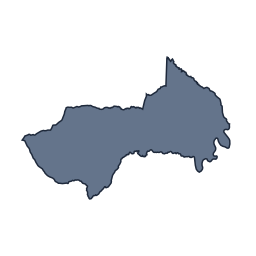 the district of Guacarí, Valle del Cauca, Colombia, rotated 188°
{"feature_id": "7082276B91777379467178", "entity_name": "Guacarí", "entity_type": "district", "adm_level": 2, "iso_a3": "COL", "parent_name": "Colombia", "parent_adm1": "Valle del Cauca", "projection": "robinson", "projection_center": [-76.302, 3.779], "detail": "fine", "context": "isolated", "style": "filled", "palette": "slate", "viewbox_px": 256, "rotation_deg": 188, "n_neighbors": 0, "source": "geoboundaries", "source_scale": "gbopen_adm2", "svg_char_len": 5843}
<svg xmlns="http://www.w3.org/2000/svg" viewBox="0 0 256 256"><g transform="rotate(188 128 128)"><path d="M51.3,94.2L49.6,95.5L48.6,97.4L48.5,98.6L48.6,99.5L49.5,101.3L49.8,103.5L49.5,105.8L49.0,106.8L48.4,107.4L46.8,108.4L45.8,108.3L45.3,108.1L44.8,107.0L44.4,106.6L42.6,106.0L42.1,106.0L41.2,106.6L40.5,107.9L39.6,108.9L39.0,109.2L36.7,109.4L36.3,109.7L35.8,110.6L35.7,111.9L36.1,112.5L36.6,112.6L37.9,112.2L38.8,112.2L39.7,113.1L39.9,113.7L39.9,115.0L38.4,117.9L38.2,119.4L38.5,120.8L40.4,123.7L41.0,125.3L41.0,126.5L40.8,127.8L39.5,130.1L38.6,130.4L37.7,130.0L36.5,127.2L35.1,125.3L33.7,123.9L31.6,123.1L29.2,122.8L27.0,121.9L25.7,122.1L25.2,122.7L24.9,126.3L25.5,129.7L26.2,131.0L27.7,132.6L32.3,137.0L32.7,138.1L32.6,139.0L32.0,139.8L30.7,140.3L29.0,140.2L28.1,140.9L27.8,141.5L27.6,142.8L28.1,145.4L28.0,146.1L29.3,146.4L30.5,147.8L31.2,148.4L31.5,148.9L31.5,150.0L31.9,150.6L34.0,151.7L34.9,152.6L36.6,156.4L37.8,162.5L38.2,163.1L39.3,163.9L39.3,165.1L40.6,168.6L41.2,169.5L43.8,171.0L45.9,172.5L46.4,173.2L46.6,174.2L47.0,174.6L49.0,175.7L50.5,176.2L51.6,176.2L52.1,176.6L53.3,178.4L55.3,179.2L56.0,179.1L57.6,178.3L58.3,177.7L60.5,179.0L61.4,179.1L62.3,179.7L63.0,179.9L63.5,180.4L64.1,180.5L64.3,181.2L64.9,181.0L65.3,181.1L65.6,181.7L65.6,182.6L65.9,182.7L66.5,182.5L66.8,183.5L68.1,183.8L69.5,185.1L69.7,186.1L70.8,186.8L72.1,186.7L73.0,187.8L73.8,187.4L75.5,187.6L76.5,188.6L77.1,188.5L77.5,188.7L77.8,189.3L77.8,190.2L78.6,191.2L79.3,191.1L79.8,191.7L80.8,192.2L81.9,191.7L81.6,192.2L81.7,192.4L82.1,192.3L82.4,191.7L82.9,191.5L83.0,192.0L82.6,192.6L83.4,193.9L84.1,193.8L84.6,193.4L85.2,193.6L85.7,193.4L85.8,193.6L85.6,194.3L85.9,194.8L87.2,194.7L88.4,195.6L88.9,195.7L89.2,196.0L89.1,196.6L89.5,197.3L89.8,197.5L90.4,197.3L92.0,198.6L91.9,200.3L92.6,200.9L93.1,202.0L93.6,202.5L94.3,201.6L94.8,200.2L95.2,199.9L95.6,200.9L96.5,201.1L96.7,202.0L97.9,202.2L97.8,202.4L97.9,203.2L99.1,203.6L99.2,202.4L96.3,174.9L97.2,175.0L98.7,174.4L100.7,173.1L101.3,173.1L101.6,171.6L103.5,170.6L104.7,168.0L107.7,165.5L109.6,163.7L111.3,163.3L112.1,163.9L112.4,163.9L112.6,163.5L113.3,163.6L113.9,163.8L114.5,164.2L114.2,162.0L115.3,157.5L116.1,148.8L116.5,149.1L116.8,149.0L117.6,149.2L118.2,149.6L118.8,149.4L119.2,149.5L119.4,149.2L120.5,149.9L121.4,149.8L122.1,149.2L122.6,149.6L123.5,149.0L123.7,149.3L124.2,149.4L125.1,149.9L125.6,149.9L126.1,149.4L126.8,149.6L127.2,149.5L127.6,149.7L128.3,149.0L128.2,148.5L128.3,148.2L129.3,147.3L129.9,147.2L130.2,147.5L130.7,147.6L131.5,147.4L131.9,146.9L132.4,147.1L132.5,146.9L132.9,146.9L133.3,146.5L133.9,146.2L134.4,145.6L135.1,145.4L137.4,145.7L137.6,145.9L137.6,146.4L138.7,147.0L139.2,147.7L139.5,147.6L140.2,147.9L140.6,147.7L140.9,147.9L141.4,147.5L142.5,147.8L144.9,147.7L145.3,147.0L146.3,146.4L146.6,145.9L147.0,145.8L147.5,146.0L148.5,145.0L149.1,145.3L150.2,145.1L150.8,145.5L152.6,145.4L154.2,144.7L155.4,143.3L156.5,142.8L158.7,142.7L159.2,142.9L159.4,143.4L160.3,143.3L161.9,143.5L163.2,144.0L166.0,144.3L167.5,145.0L168.7,145.1L169.8,144.6L170.8,144.8L177.3,143.4L178.0,142.7L179.8,141.9L181.6,142.2L184.9,140.2L185.5,140.2L186.8,140.7L188.9,140.3L190.4,140.3L191.1,140.0L192.0,139.5L192.1,138.7L192.9,135.6L193.0,133.1L194.5,126.8L195.4,125.7L197.4,123.9L199.5,121.3L200.4,120.8L201.9,120.6L202.8,120.2L203.4,117.7L204.4,115.1L207.1,114.8L208.7,114.0L210.0,113.7L211.4,113.8L213.7,112.8L217.9,109.5L218.8,108.4L219.5,108.0L220.2,108.0L221.0,108.3L223.3,107.3L224.4,108.0L225.3,107.9L226.2,107.2L229.0,105.7L229.6,104.1L231.1,101.3L228.7,101.1L228.3,100.8L225.3,96.1L223.0,94.0L222.5,93.1L221.5,90.6L219.6,88.4L217.6,84.9L217.2,84.5L216.2,84.0L214.3,81.1L211.9,78.2L210.9,77.5L207.1,75.6L205.8,73.9L204.8,73.1L203.8,71.7L201.2,69.7L198.8,68.7L195.7,68.0L193.8,66.8L193.0,65.5L192.4,64.9L191.0,64.5L189.2,63.6L187.6,63.8L185.2,63.8L181.2,64.9L179.8,64.7L179.5,65.0L179.2,66.3L178.8,66.7L176.8,67.4L175.6,68.4L174.2,68.2L173.1,69.2L172.2,69.1L171.1,69.5L169.7,69.6L169.0,69.4L168.2,68.8L166.8,68.7L166.0,67.7L165.1,67.0L162.2,66.5L161.3,65.5L160.1,64.9L160.0,64.5L160.2,63.1L160.6,62.5L160.3,61.6L160.4,60.6L159.3,59.3L158.9,57.8L158.9,56.4L158.3,55.6L158.0,54.7L157.1,53.8L156.7,52.8L155.9,52.4L154.4,53.1L154.0,54.2L153.4,54.8L153.4,55.3L152.6,56.3L151.5,56.4L151.0,56.7L150.8,57.2L149.7,56.9L147.9,58.6L146.9,60.9L145.8,61.9L144.6,63.8L144.2,64.1L142.9,66.6L142.4,66.7L141.8,65.9L141.2,65.9L139.3,67.0L137.1,71.1L137.0,72.6L137.3,73.8L137.2,74.5L136.7,78.9L136.1,80.5L135.2,82.1L134.7,83.9L133.0,85.6L131.9,87.4L131.9,87.8L132.3,88.7L132.0,89.6L131.4,90.4L130.5,93.0L130.4,93.8L130.7,95.5L130.6,96.1L129.8,96.7L129.3,97.9L128.4,98.3L126.7,100.0L126.2,100.2L125.9,101.3L125.6,101.4L125.1,101.3L124.5,101.9L124.0,101.7L123.6,101.9L123.5,102.9L122.7,104.3L122.0,104.1L121.1,103.2L120.0,103.1L119.4,103.3L118.8,103.6L118.6,104.0L118.5,105.7L118.2,105.9L117.3,105.9L116.6,106.5L115.6,106.5L115.6,106.3L115.2,106.6L114.2,106.9L114.0,106.2L114.9,104.6L114.8,104.2L114.4,103.8L112.9,103.1L112.8,102.7L111.0,101.8L110.0,101.9L109.6,102.6L108.9,101.9L107.9,101.8L107.0,102.1L106.7,102.4L107.0,102.9L107.0,103.1L105.5,104.1L105.7,104.7L106.2,105.4L105.6,107.5L105.2,107.8L104.3,107.8L103.5,108.3L102.9,109.3L102.1,109.7L101.4,109.4L99.5,107.7L98.7,107.5L97.5,107.8L96.6,107.7L95.7,108.1L93.8,108.1L92.2,109.0L91.2,108.8L90.1,107.7L88.4,107.5L86.9,108.4L85.6,108.5L85.3,108.8L85.2,109.4L83.9,109.8L82.6,110.7L81.7,110.5L80.6,109.3L80.1,109.1L79.5,109.2L77.8,110.1L77.4,109.9L77.1,109.4L76.7,109.3L75.8,110.4L75.2,110.4L74.3,109.5L73.0,109.7L72.5,109.5L72.1,109.1L71.7,108.0L71.3,107.7L69.8,107.9L68.8,107.2L68.3,107.1L68.0,107.1L67.7,107.5L67.3,107.4L66.3,107.8L65.5,107.7L64.9,108.0L63.6,108.3L62.9,108.2L62.6,107.6L61.3,107.6L60.1,108.3L59.7,108.8L59.2,108.8L58.5,108.7L58.0,107.8L56.1,100.4L54.7,96.8L53.1,95.1L51.3,94.2Z" fill="#64748b" stroke="#1e293b" stroke-width="1.5"/></g></svg>